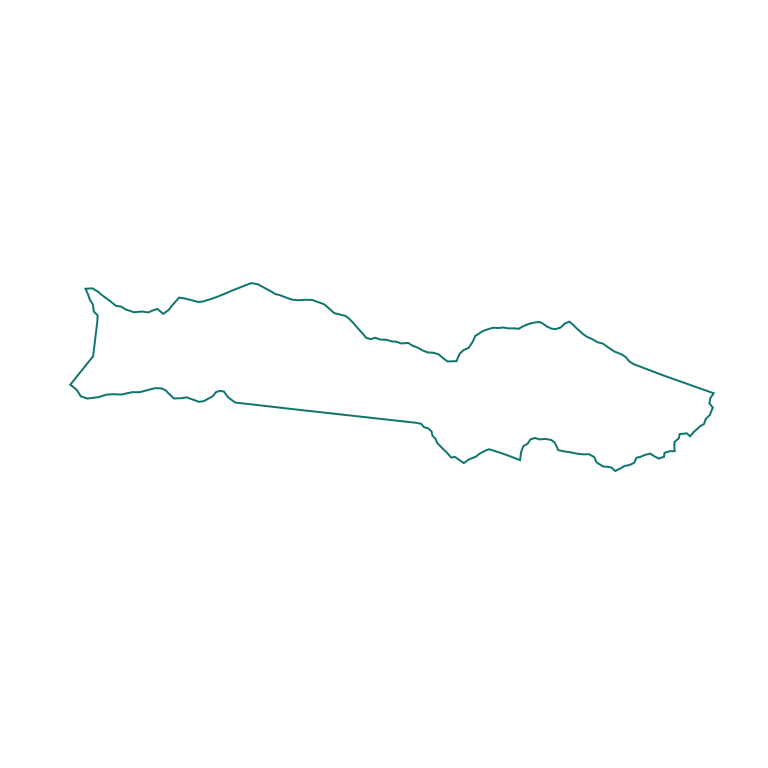 outline of Ubajara, Ceará, Brazil, rotated 23°
{"feature_id": "56859067B8309642510802", "entity_name": "Ubajara", "entity_type": "district", "adm_level": 2, "iso_a3": "BRA", "parent_name": "Brazil", "parent_adm1": "Ceará", "projection": "mercator", "projection_center": [-40.995, -3.875], "detail": "fine", "context": "isolated", "style": "outline", "palette": "teal", "viewbox_px": 768, "rotation_deg": 23, "n_neighbors": 0, "source": "geoboundaries", "source_scale": "gbopen_adm2", "svg_char_len": 2757}
<svg xmlns="http://www.w3.org/2000/svg" viewBox="0 0 768 768"><g transform="rotate(23 384 384)"><path d="M95.5,507.2L103.1,509.3L109.7,513.8L116.6,513.3L126.6,507.5L132.4,502.4L138.5,499.3L146.4,496.3L155.4,489.9L162.2,487.1L174.7,477.4L180.8,475.0L185.6,475.2L189.6,476.9L196.2,479.4L203.3,476.1L207.4,473.4L220.6,472.7L224.7,470.3L231.2,462.1L232.5,457.1L235.8,454.3L239.5,453.5L246.0,457.3L254.4,459.2L262.0,456.9L308.1,443.3L429.0,407.1L433.8,406.1L437.4,408.0L442.1,407.6L446.3,409.1L448.8,412.6L453.0,414.5L455.9,417.4L459.9,419.1L464.6,421.1L469.2,422.8L474.5,425.5L477.6,423.4L483.0,424.5L488.4,425.6L491.4,420.5L497.0,414.9L499.1,410.9L502.8,406.3L506.1,403.0L519.6,401.7L528.1,401.3L539.0,400.9L536.8,393.2L536.5,386.9L539.5,382.9L540.5,377.7L544.2,374.6L548.6,374.3L554.3,371.4L559.7,370.2L563.6,371.0L567.0,373.7L570.1,376.8L576.4,375.6L582.7,373.9L588.5,372.8L595.2,370.8L600.2,368.5L606.0,369.1L610.3,373.1L617.9,374.3L622.0,372.9L625.8,372.0L630.8,373.7L634.5,369.5L637.5,365.4L641.6,362.7L645.1,358.7L645.2,353.2L648.5,350.9L651.8,347.4L656.2,344.0L661.0,344.9L666.1,345.3L670.2,341.6L669.1,337.8L673.1,334.4L677.8,332.1L675.6,328.0L674.1,323.8L676.5,318.8L675.8,314.6L681.9,311.1L686.2,312.5L687.9,307.1L689.8,303.2L691.5,299.3L694.2,295.8L693.8,290.5L696.0,285.4L695.9,281.4L695.9,277.2L691.1,274.7L689.9,269.5L691.1,263.7L637.5,267.0L606.2,268.2L601.2,267.4L596.2,264.9L591.8,263.9L583.9,264.1L576.4,262.8L569.9,261.3L564.3,262.1L557.6,261.3L552.4,261.3L546.6,259.9L539.1,257.3L534.2,255.3L530.3,254.2L526.8,257.8L524.5,263.0L520.4,266.5L516.4,267.6L511.5,267.4L507.4,266.5L503.4,266.0L499.1,268.2L494.7,271.3L489.7,276.2L486.5,280.5L481.9,282.0L476.5,284.3L471.7,285.4L467.2,287.9L462.5,289.5L457.7,293.5L453.8,297.2L451.6,300.8L449.2,304.1L449.2,310.0L447.8,317.7L444.0,321.7L442.0,326.1L441.7,330.7L441.9,334.5L437.9,336.5L433.6,338.4L428.8,337.2L422.6,335.3L417.0,336.0L412.1,337.8L407.1,338.0L400.1,337.4L394.9,337.6L390.3,336.7L384.2,339.9L378.8,340.3L374.7,341.7L368.7,342.4L363.4,344.5L357.8,344.9L354.4,347.8L349.6,348.5L344.9,346.0L339.7,343.7L335.3,341.5L331.2,339.5L326.3,337.4L322.1,336.4L310.4,338.2L305.6,336.5L297.7,334.0L285.2,334.7L279.3,336.9L272.1,340.5L266.6,342.2L262.0,342.6L252.5,343.0L248.7,343.7L245.0,343.0L228.6,341.5L222.3,343.0L212.5,352.6L207.0,358.0L204.4,360.8L200.4,364.9L196.4,368.9L191.6,373.3L184.9,378.9L181.2,381.0L171.2,382.5L167.1,383.1L161.6,384.6L158.1,395.1L156.8,400.0L153.4,405.7L146.1,403.4L142.4,406.7L138.9,410.3L133.0,411.8L125.7,415.7L121.4,415.9L117.6,416.3L111.5,415.5L106.7,416.8L100.3,414.9L89.4,412.3L84.5,410.7L78.1,409.9L72.0,413.0L76.8,417.4L80.3,421.4L84.9,424.5L88.5,430.7L93.5,432.6L95.4,437.5L105.4,472.1L95.5,507.2Z" fill="none" stroke="#0f766e" stroke-width="2"/></g></svg>